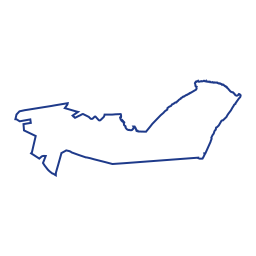 Mihai Viteazu, Constanta, Romania
{"feature_id": "2599482B93855145128935", "entity_name": "Mihai Viteazu", "entity_type": "district", "adm_level": 2, "iso_a3": "ROU", "parent_name": "Romania", "parent_adm1": "Constanta", "projection": "orthographic", "projection_center": [28.817, 44.637], "detail": "fine", "context": "isolated", "style": "outline", "palette": "blue", "viewbox_px": 256, "rotation_deg": 0, "n_neighbors": 0, "source": "geoboundaries", "source_scale": "gbopen_adm2", "svg_char_len": 5429}
<svg xmlns="http://www.w3.org/2000/svg" viewBox="0 0 256 256"><path d="M202.5,158.6L203.5,156.9L204.6,154.6L204.4,154.1L204.3,153.3L204.6,153.3L204.7,153.9L204.8,154.0L205.2,153.7L207.1,149.5L208.0,147.5L210.6,141.7L210.8,140.8L211.2,139.9L211.5,139.1L211.6,138.4L211.3,137.8L212.5,135.2L213.7,133.6L214.3,131.6L214.9,130.4L215.5,130.0L215.9,129.2L215.9,128.6L215.9,128.1L216.2,127.5L217.0,127.2L218.8,125.4L221.4,120.9L222.3,120.3L223.0,120.3L226.5,116.9L227.2,115.5L228.3,113.8L230.9,110.4L232.4,107.7L233.7,105.7L234.2,104.7L235.4,103.9L235.4,103.5L235.8,102.8L236.2,102.5L236.3,102.1L238.9,98.5L240.2,97.1L240.6,95.8L240.6,95.2L239.9,94.5L239.6,94.2L238.9,94.0L238.5,94.5L238.4,94.9L238.1,95.0L237.6,95.4L236.8,95.7L236.6,95.7L235.4,95.2L234.8,94.4L234.5,93.8L234.0,93.6L233.8,93.3L233.8,93.1L233.4,92.8L233.3,92.7L233.0,92.3L232.4,92.2L232.2,92.3L231.7,92.0L231.4,91.9L231.1,91.9L230.5,91.4L230.1,91.1L229.9,90.7L229.0,89.8L228.8,89.6L228.6,89.4L228.3,88.8L228.0,88.5L227.7,88.3L227.5,88.2L227.2,87.9L227.0,87.7L227.0,87.3L226.8,87.1L226.5,86.8L226.3,86.8L226.1,86.9L225.9,86.8L225.7,86.3L225.6,86.2L225.3,86.1L224.8,86.1L224.7,86.0L224.7,85.8L224.6,85.7L224.2,85.5L224.1,85.3L223.8,85.1L223.6,85.0L223.4,85.0L223.2,84.9L223.2,84.6L222.9,84.5L222.6,84.8L222.2,84.8L222.2,84.7L221.8,84.3L221.5,84.1L221.3,84.1L221.2,84.0L221.1,83.9L220.6,83.9L220.4,83.6L220.1,83.4L219.9,83.4L219.7,83.6L219.2,83.3L218.8,83.5L218.6,83.4L218.3,83.3L218.0,83.1L217.6,82.7L217.2,82.9L216.7,82.5L215.8,82.5L215.6,82.5L215.4,82.6L215.2,82.5L214.8,82.5L214.6,82.4L214.4,82.4L214.3,82.5L214.0,82.7L213.8,82.6L213.5,82.6L213.3,82.6L213.2,82.4L212.8,82.2L212.7,82.1L212.3,82.3L212.0,82.4L211.4,82.3L210.6,82.2L210.2,82.2L210.1,81.9L210.0,81.7L209.2,81.6L208.8,81.8L208.6,81.7L208.4,81.8L207.8,81.6L207.4,81.7L207.2,81.5L206.7,81.6L206.4,81.5L206.3,81.4L206.2,81.2L206.1,81.4L205.8,81.4L205.0,81.3L204.8,81.2L204.7,81.0L204.3,80.8L204.0,80.7L203.8,80.8L203.3,81.1L202.0,81.4L201.7,81.4L201.4,81.2L201.2,81.1L200.8,81.3L199.4,81.7L198.7,81.7L198.1,80.8L197.5,81.3L197.3,81.4L196.9,81.3L196.4,81.8L196.0,81.6L195.3,82.4L194.9,83.2L195.3,84.2L195.4,85.4L195.6,86.2L196.6,86.7L196.4,87.1L196.4,87.5L196.5,87.9L196.6,88.3L196.5,88.6L196.4,89.0L196.2,89.2L196.1,89.6L194.8,90.4L194.2,90.7L194.0,90.9L193.5,91.1L192.8,91.6L192.0,92.0L191.6,92.3L190.0,93.2L189.9,93.0L189.5,93.2L189.5,93.4L188.9,93.9L188.4,94.0L188.0,94.3L187.5,94.6L187.4,94.5L187.0,94.7L187.0,94.9L186.7,95.1L186.4,95.2L186.1,95.2L185.6,95.3L185.3,95.6L185.1,95.8L184.4,96.2L184.3,96.4L184.1,96.5L183.8,96.4L183.3,96.5L182.9,97.0L182.6,97.0L182.4,97.3L182.2,97.5L181.4,97.8L180.8,98.3L180.8,98.6L180.6,98.8L180.4,98.8L179.9,99.2L178.9,99.8L178.7,100.0L177.9,101.0L177.5,101.1L177.1,101.5L176.5,102.4L176.2,102.5L175.6,102.5L175.4,102.4L174.5,103.0L174.2,103.4L173.5,103.6L173.3,103.9L172.2,104.4L171.9,104.5L171.8,104.8L171.0,105.9L170.5,106.2L169.8,106.4L168.8,107.0L167.8,107.8L167.4,108.2L167.4,108.9L167.2,109.7L166.4,110.1L166.0,110.5L165.0,111.1L163.4,112.9L160.7,115.2L152.3,123.9L150.2,126.6L146.0,131.7L138.4,131.5L138.3,131.4L138.0,131.3L137.8,130.9L137.6,130.9L137.2,131.2L136.5,130.9L136.4,130.6L136.3,130.3L136.3,130.1L136.4,129.7L136.0,129.3L136.0,129.1L135.9,128.9L135.8,128.6L135.5,128.0L135.4,127.7L134.9,127.5L134.8,127.3L134.9,127.0L134.6,126.5L133.4,126.5L133.7,127.0L133.6,127.3L133.5,127.6L133.6,128.1L133.5,128.6L132.8,129.0L132.7,129.3L132.5,129.5L132.0,130.0L131.4,130.2L130.0,130.2L129.3,129.9L128.8,129.9L128.5,130.0L128.3,130.0L127.3,129.5L126.7,129.1L126.2,128.4L125.8,128.0L125.5,127.3L125.6,126.9L125.4,126.5L125.5,126.3L125.4,126.1L124.5,125.5L124.1,125.1L124.0,124.7L123.9,124.1L123.9,123.8L123.8,123.2L124.3,122.6L124.3,122.4L124.2,122.2L123.7,121.8L123.2,121.3L123.0,120.9L122.7,120.7L122.2,120.1L121.7,120.5L121.7,120.8L121.5,120.6L121.5,120.2L121.1,119.9L120.8,119.7L120.7,119.3L120.5,118.9L120.4,118.6L120.3,118.3L120.2,117.8L120.1,117.4L120.3,117.2L120.5,117.2L120.6,117.5L120.9,117.5L121.0,117.3L121.0,116.9L121.1,116.6L121.1,115.9L120.9,114.6L120.8,114.3L120.7,114.1L115.6,114.3L112.1,114.6L104.6,114.6L104.5,115.2L104.2,116.0L103.9,116.7L103.6,117.1L100.4,120.2L100.1,120.3L99.8,120.4L99.3,120.4L99.0,120.3L98.8,120.2L96.4,117.6L95.5,116.6L95.1,116.5L94.9,116.6L94.5,116.8L92.8,118.5L92.3,118.8L92.0,118.9L91.5,118.9L91.1,118.9L90.7,118.7L90.4,118.5L88.8,116.9L83.4,114.2L82.9,114.0L82.6,114.1L81.8,114.4L80.0,115.4L78.6,116.0L76.7,117.0L75.0,117.8L74.4,117.3L74.2,116.9L73.5,116.6L73.3,116.3L72.6,115.6L78.0,111.9L76.4,111.5L64.8,108.1L67.3,104.7L67.5,104.2L67.7,103.2L54.5,105.4L51.2,106.0L40.4,107.7L28.6,109.6L24.7,110.2L19.6,111.3L19.4,111.4L16.5,114.5L15.4,119.2L16.5,119.3L19.7,121.3L30.3,119.4L30.8,122.9L23.5,124.1L24.0,130.4L35.7,136.0L31.9,152.4L31.1,153.3L39.3,158.6L41.4,156.7L41.8,156.4L42.3,156.2L43.0,156.0L43.9,155.9L45.7,156.0L43.0,163.0L44.2,164.9L44.9,165.9L47.1,168.7L47.5,169.3L47.9,169.6L48.3,170.2L48.7,170.5L49.0,170.8L50.4,172.0L50.7,172.2L51.2,172.6L52.2,173.4L52.7,173.6L53.2,173.7L53.8,174.0L55.1,174.9L55.8,175.3L55.8,175.2L55.8,174.8L55.9,172.7L56.1,172.1L56.7,169.9L58.1,165.1L61.4,153.3L61.4,153.1L65.6,150.8L66.2,150.4L69.3,151.1L69.6,151.3L70.4,151.5L71.6,152.4L78.8,155.0L85.6,157.3L85.8,157.4L86.3,157.4L87.0,157.5L90.6,158.3L93.7,159.2L105.2,162.1L110.5,163.5L112.0,163.9L112.6,164.0L124.2,163.2L197.7,157.7L197.6,157.9L199.8,158.7L200.5,158.7L202.5,158.6Z" fill="none" stroke="#1e3a8a" stroke-width="2"/></svg>